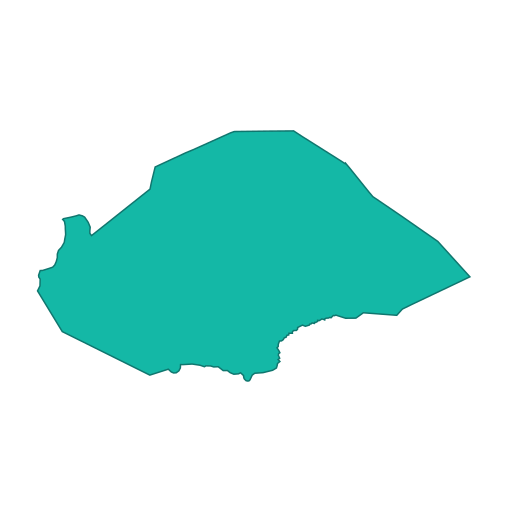 the district of San Miguel Tlacotepec, Oaxaca, Mexico, rotated 95°
{"feature_id": "50627088B15325510278306", "entity_name": "San Miguel Tlacotepec", "entity_type": "district", "adm_level": 2, "iso_a3": "MEX", "parent_name": "Mexico", "parent_adm1": "Oaxaca", "projection": "robinson", "projection_center": [-98.0, 17.447], "detail": "fine", "context": "isolated", "style": "filled", "palette": "teal", "viewbox_px": 512, "rotation_deg": 95, "n_neighbors": 0, "source": "geoboundaries", "source_scale": "gbopen_adm2", "svg_char_len": 2108}
<svg xmlns="http://www.w3.org/2000/svg" viewBox="0 0 512 512"><g transform="rotate(95 256 256)"><path d="M236.4,451.8L238.3,449.8L242.8,448.6L245.7,448.3L249.0,447.8L251.4,447.5L256.2,448.0L259.2,448.2L264.2,450.5L267.6,453.2L271.4,454.1L275.0,453.8L279.0,454.5L282.5,455.7L284.9,457.6L286.8,462.0L289.0,467.3L289.3,469.7L294.1,470.9L296.0,470.5L296.8,469.8L297.9,469.0L304.6,468.6L309.8,470.6L348.2,442.4L383.9,351.4L376.4,333.5L378.9,330.3L379.7,327.9L379.3,325.3L377.1,322.8L374.1,321.6L370.7,321.7L370.6,319.6L369.2,310.2L369.7,302.2L370.8,297.7L369.8,296.4L369.5,291.5L370.2,288.5L369.6,284.0L373.0,278.7L372.6,274.5L374.5,271.5L375.7,267.8L374.9,263.1L373.7,261.2L376.2,258.0L377.7,257.7L379.3,257.1L380.1,256.2L381.1,255.0L381.3,253.1L380.7,251.7L379.6,251.1L375.0,249.4L372.9,247.0L371.6,238.8L368.4,229.5L365.8,225.9L363.5,225.4L361.2,225.2L359.0,223.0L357.2,225.0L355.8,223.5L353.0,225.1L351.3,225.0L350.3,223.8L348.6,224.8L345.6,227.1L344.3,226.0L341.9,226.1L338.7,225.2L338.3,223.1L337.0,221.6L334.9,220.6L334.4,219.0L332.3,218.3L331.8,216.5L330.1,216.5L329.8,213.0L328.5,213.2L327.0,212.1L326.6,209.2L325.2,208.2L323.6,208.3L320.8,203.7L321.7,200.7L320.2,196.9L319.9,196.7L319.2,196.5L318.8,195.1L317.8,194.3L318.1,192.1L317.0,191.8L317.1,190.8L316.5,190.1L316.3,189.7L315.8,188.9L314.7,189.0L314.8,187.2L313.0,184.9L313.2,183.4L313.7,182.0L312.5,181.9L311.8,180.6L311.5,178.4L310.7,177.1L310.8,176.7L311.0,175.9L308.5,173.8L308.6,172.6L307.9,171.2L308.3,169.7L309.3,165.3L310.2,161.3L309.7,156.4L309.2,151.1L303.2,144.1L302.8,110.6L296.8,106.1L296.0,105.4L290.7,96.6L279.6,77.7L258.1,41.1L225.6,76.2L218.4,88.7L218.1,89.3L204.2,113.5L192.7,134.0L186.7,144.8L182.3,149.2L160.0,170.6L155.6,175.0L156.2,175.3L151.2,184.9L132.9,220.5L128.1,229.4L130.7,256.4L133.9,288.5L135.6,292.2L155.6,327.9L159.3,335.0L176.1,364.2L191.5,366.6L198.6,367.4L224.2,394.4L230.0,400.5L250.0,421.6L247.9,423.5L245.6,423.7L241.7,423.7L237.1,426.1L234.5,428.2L232.2,430.1L231.1,432.5L230.5,435.9L231.7,438.7L233.0,442.5L233.8,445.0L235.6,451.0L236.4,451.8Z" fill="#14b8a6" stroke="#0f766e" stroke-width="1.5"/></g></svg>